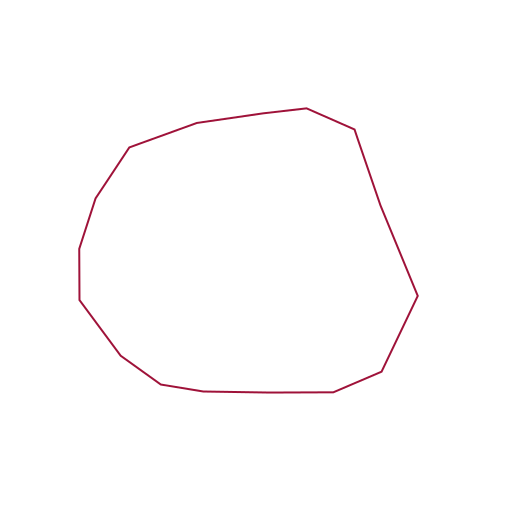 Shusha City, Şuşa, Azerbaijan, rotated 301°
{"feature_id": "54616110B73470411147872", "entity_name": "Shusha City", "entity_type": "district", "adm_level": 2, "iso_a3": "AZE", "parent_name": "Azerbaijan", "parent_adm1": "Şuşa", "projection": "orthographic", "projection_center": [46.748, 39.738], "detail": "fine", "context": "isolated", "style": "outline", "palette": "rose", "viewbox_px": 512, "rotation_deg": 301, "n_neighbors": 0, "source": "geoboundaries", "source_scale": "gbopen_adm2", "svg_char_len": 400}
<svg xmlns="http://www.w3.org/2000/svg" viewBox="0 0 512 512"><g transform="rotate(301 256 256)"><path d="M244.5,89.8L222.8,88.8L171.1,100.8L127.3,127.4L100.8,191.4L96.8,240.6L112.7,280.6L145.9,337.9L179.0,392.5L221.5,423.2L305.1,415.2L363.5,336.6L408.8,282.8L415.2,275.3L408.6,223.3L382.0,188.7L339.6,136.8L293.1,99.0L283.8,91.5L244.5,89.8Z" fill="none" stroke="#9f1239" stroke-width="2"/></g></svg>